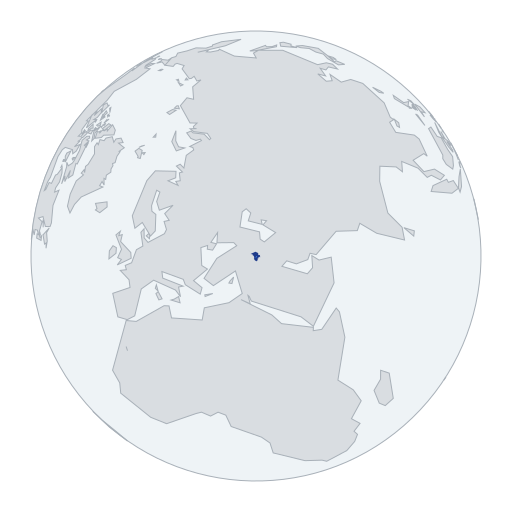 Arbil highlighted on a globe, orthographic projection, rotated 319°
{"feature_id": "IRQ-3050", "entity_name": "Arbil", "entity_type": "Province", "adm_level": 1, "iso_a3": "IRQ", "parent_name": "Iraq", "parent_adm1": "", "projection": "orthographic", "projection_center": [44.221, 36.37], "detail": "fine", "context": "on_globe", "style": "filled", "palette": "blue", "viewbox_px": 512, "rotation_deg": 319, "n_neighbors": 0, "source": "natural_earth", "source_scale": "10m", "svg_char_len": 12068}
<svg xmlns="http://www.w3.org/2000/svg" viewBox="0 0 512 512"><g transform="rotate(319 256 256)"><circle cx="256" cy="256" r="225" fill="#eef3f6" stroke="#a8b0b8"/><path d="M241.4,31.2L252.5,31.4L277.5,33.8L287.7,34.4L283.7,34.9L304.5,36.7L319.6,40.5L301.1,36.4L298.2,36.4L307.7,38.7L306.7,39.3L310.7,40.9L308.7,41.5L298.1,39.8L296.6,40.3L303.4,42.0L305.6,44.2L295.8,41.5L298.8,45.2L281.6,44.2L257.0,38.7L246.0,40.8L216.8,42.7L218.0,44.0L207.7,46.3L205.2,48.7L200.5,49.0L202.6,50.9L207.4,50.2L209.9,51.0L208.9,52.6L202.7,52.9L202.3,52.2L200.0,53.1L197.3,52.7L198.1,53.8L190.7,54.4L196.4,56.3L189.2,58.9L184.8,58.6L187.3,55.4L183.3,48.9L179.6,48.7L171.8,51.0L152.5,61.7L147.5,63.3L139.2,67.7L140.9,67.9L148.1,64.8L149.3,67.0L157.8,63.4L159.6,64.0L167.6,62.2L164.0,66.1L156.3,71.2L149.5,73.1L145.9,75.6L150.5,77.1L136.0,84.6L123.3,96.8L119.8,98.7L116.4,95.5L121.1,86.5L116.7,84.6L117.1,89.8L108.4,95.4L106.0,98.2L105.1,100.5L107.4,100.1L104.0,103.2L102.2,98.6L105.3,95.7L105.8,97.0L108.0,93.1L106.7,91.1L102.4,94.6L105.1,89.5L102.0,92.1L100.9,92.8L105.6,88.8L97.2,96.3L97.5,95.9L109.3,85.0L121.9,75.0L135.2,65.8L149.1,57.7L163.6,50.5L178.5,44.5L193.8,39.5L209.5,35.6L225.4,32.8L241.4,31.2ZM30.9,266.1L32.2,278.6L35.5,297.6L37.3,308.8L37.6,311.4L33.1,288.9L30.9,266.1ZM249.5,30.8L250.1,30.8L246.7,30.9L246.2,30.9L249.5,30.8ZM295.2,35.1L290.0,34.2L295.4,35.0L295.2,35.1ZM311.6,41.1L313.4,41.3L314.8,42.1L311.6,41.1ZM169.0,60.2L168.3,61.2L167.1,61.0L169.0,60.2ZM173.1,58.7L172.3,57.8L174.1,56.9L174.6,57.5L173.1,58.7ZM312.9,43.9L314.4,45.5L311.0,43.6L312.9,43.9ZM173.6,60.0L177.5,55.6L180.8,54.2L185.2,55.3L173.6,60.0ZM314.1,46.2L318.1,50.5L322.5,51.1L312.4,52.3L312.4,47.9L307.4,45.3L312.0,46.5L314.1,46.2ZM209.4,49.4L204.2,50.1L209.4,48.2L209.4,49.4ZM212.1,48.0L224.5,42.0L231.6,42.2L226.0,43.9L235.9,43.4L233.3,46.3L227.2,47.3L223.2,46.6L225.2,48.4L212.1,48.0ZM306.2,52.6L305.6,53.6L304.2,52.2L306.2,52.6ZM211.3,51.2L213.2,49.8L219.5,49.7L216.9,52.6L215.7,51.6L211.3,51.2ZM239.8,41.9L244.0,42.7L243.0,45.2L244.5,45.9L233.8,46.5L239.8,41.9ZM213.7,52.5L215.4,54.1L211.5,55.6L209.9,52.6L213.7,52.5ZM222.2,48.6L225.1,48.8L222.6,49.6L222.2,48.6ZM198.7,62.7L200.8,60.6L204.2,60.4L198.7,62.7ZM216.2,54.6L217.6,54.1L219.2,53.8L219.4,55.2L216.2,54.6ZM233.8,48.4L232.5,49.4L238.2,48.2L237.7,50.4L230.6,50.5L233.4,51.3L233.3,52.0L227.7,51.4L233.8,48.4ZM224.5,56.1L215.3,57.5L210.7,61.1L207.5,61.4L215.5,55.5L224.5,56.1ZM226.9,53.3L224.7,55.0L221.8,54.3L221.5,52.7L226.9,53.3ZM239.8,51.9L242.5,48.5L243.9,48.7L239.8,51.9ZM223.7,57.2L225.9,56.9L223.7,57.6L223.7,57.2ZM235.5,53.6L236.2,52.3L237.9,52.5L235.5,53.6ZM229.7,57.5L226.8,57.8L226.5,56.7L229.7,57.5ZM232.8,55.8L234.9,56.3L228.2,56.0L232.9,55.2L232.8,55.8ZM236.9,54.0L238.1,53.6L236.4,54.5L236.9,54.0ZM232.5,62.0L224.1,61.8L223.5,59.1L231.7,59.5L232.5,62.0ZM70.7,308.6L63.9,270.8L69.9,262.4L72.8,248.1L115.7,219.5L122.7,226.8L154.0,233.2L157.6,236.6L151.6,247.3L173.4,269.0L183.0,261.2L205.0,273.5L221.0,275.3L230.7,253.8L204.4,250.4L202.1,238.8L224.9,232.1L248.2,235.6L248.0,231.3L235.2,220.4L242.4,213.1L230.9,216.1L234.2,220.9L227.1,223.1L223.7,218.9L226.4,216.3L219.9,213.5L208.8,227.6L210.8,234.0L192.7,233.6L194.5,244.5L188.9,248.2L183.8,231.3L185.8,225.9L174.8,206.0L171.1,211.5L181.2,230.9L177.2,228.6L172.3,237.2L172.9,228.9L162.9,207.1L147.8,205.6L125.2,221.6L117.1,219.6L111.8,211.3L123.4,190.2L140.3,197.1L144.6,190.6L144.1,177.8L149.2,181.3L151.1,177.3L157.7,179.5L169.9,172.8L177.1,174.3L184.7,162.6L189.4,162.0L183.5,168.9L183.4,174.9L201.5,179.1L205.8,177.3L209.3,169.6L213.9,172.1L214.9,164.1L226.7,163.3L213.1,158.0L216.8,149.7L225.4,144.7L224.2,141.2L210.2,149.5L206.8,153.9L207.7,158.9L196.4,171.0L189.5,171.7L192.2,156.1L182.8,155.6L189.0,144.5L223.1,127.5L235.9,125.7L251.2,139.6L246.7,144.3L238.9,141.5L243.5,151.6L244.4,147.1L248.2,149.5L252.7,143.0L255.6,144.4L254.9,135.9L259.0,137.0L259.3,142.3L269.4,134.3L278.6,135.1L279.5,132.7L277.8,129.9L290.6,133.1L290.7,131.3L286.5,129.4L284.0,124.6L284.5,117.6L288.9,119.1L289.3,121.8L296.8,130.1L297.2,137.7L299.0,137.6L299.7,131.5L290.6,121.2L289.7,116.7L294.7,120.9L292.8,119.0L293.7,117.2L298.7,117.0L293.5,112.3L297.6,92.9L307.7,91.3L311.7,96.8L319.2,86.8L330.0,87.0L326.2,85.1L327.2,79.8L323.8,79.6L322.0,78.4L323.0,66.3L326.7,65.1L322.8,58.9L320.8,58.1L317.9,58.6L312.4,52.3L322.5,51.1L326.4,52.9L330.0,51.5L338.6,56.0L347.3,59.6L354.6,66.3L360.9,69.0L361.6,68.2L370.6,71.7L386.9,82.7L370.7,77.2L345.7,64.0L355.7,69.4L352.5,69.4L355.5,72.2L362.6,76.3L364.0,75.9L370.8,90.9L386.1,106.7L387.2,101.2L392.9,102.4L411.2,118.4L428.0,152.0L435.8,156.3L439.6,161.5L440.2,168.4L434.7,160.8L430.8,161.4L427.6,156.4L426.7,165.8L422.1,159.1L423.7,170.2L428.5,173.7L431.0,167.5L434.4,180.7L443.3,184.9L449.8,195.8L453.2,224.5L448.4,239.3L449.3,243.4L444.6,242.7L442.6,254.4L454.8,268.6L455.9,274.7L450.7,293.0L449.8,288.8L437.4,286.8L438.1,302.5L447.7,307.5L451.1,318.7L445.1,319.6L441.3,310.1L436.8,309.0L435.9,296.0L428.0,280.2L421.8,288.5L420.2,280.7L408.4,269.5L398.3,280.8L383.7,310.1L385.1,330.2L378.6,341.4L362.0,318.0L355.8,299.4L349.1,303.3L332.7,289.9L302.3,294.4L298.6,289.4L292.7,292.7L281.3,288.4L276.0,279.8L268.8,280.8L283.1,303.1L291.0,302.0L298.4,292.3L300.9,300.4L312.0,306.2L297.3,327.5L253.2,346.7L250.1,331.5L222.9,286.9L224.4,282.0L224.3,281.4L224.1,280.4L220.3,288.3L216.1,279.1L229.3,310.9L230.9,323.8L252.5,347.5L250.2,349.9L257.5,354.5L282.4,347.9L282.3,352.9L269.8,375.6L236.4,403.4L241.6,420.8L240.4,434.3L221.3,441.4L224.7,450.6L215.0,452.6L215.6,457.2L208.8,460.7L196.9,462.4L174.7,457.3L171.9,453.4L158.7,442.6L139.8,415.9L143.9,406.3L141.3,396.3L125.4,368.4L128.8,356.3L124.9,349.0L116.7,347.0L112.4,338.1L107.5,335.6L78.5,323.9L70.7,308.6ZM98.6,239.1L96.9,243.2L98.6,239.1ZM271.5,250.8L286.2,251.2L281.7,237.1L287.1,236.3L283.6,232.1L281.4,236.2L273.2,224.4L280.3,220.1L279.6,213.9L274.6,213.6L262.9,223.6L274.5,240.1L270.2,246.0L271.5,250.8ZM108.5,95.6L108.6,96.1L107.0,98.8L106.3,98.3L108.5,95.6ZM108.2,107.8L102.6,112.4L106.2,108.5L104.2,108.3L109.2,100.3L118.3,99.2L113.3,101.0L108.2,107.8ZM118.5,90.0L114.2,94.7L118.5,89.6L118.5,90.0ZM154.8,154.4L156.1,158.1L152.1,162.1L143.1,161.7L148.7,155.9L154.8,154.4ZM158.9,162.7L164.1,148.2L169.9,148.3L165.8,150.6L169.1,152.1L163.3,156.3L163.8,171.2L160.3,175.8L145.4,171.7L152.2,170.3L150.5,166.5L158.9,162.7ZM167.1,115.9L169.4,111.0L179.1,117.4L175.8,121.3L166.5,120.8L165.0,115.9L167.1,115.9ZM180.7,63.3L181.0,62.0L182.7,61.7L183.9,62.7L180.7,63.3ZM199.4,61.7L181.4,69.3L180.8,68.0L170.9,74.7L165.5,74.0L172.1,69.6L160.5,74.4L164.3,70.2L156.6,74.0L171.8,64.3L174.7,61.1L173.5,64.8L178.4,65.4L181.4,64.7L192.0,60.6L200.7,54.6L206.9,54.7L209.0,56.4L207.9,57.8L204.2,57.2L205.4,59.6L199.1,59.8L199.4,61.7ZM230.1,83.2L226.3,80.6L227.6,87.9L221.4,87.2L221.9,88.1L216.5,89.5L210.9,93.1L208.4,92.1L207.3,94.0L203.7,95.2L201.4,97.5L196.1,96.8L192.8,99.6L192.2,97.7L187.9,102.8L188.7,98.8L184.1,100.3L185.7,103.5L162.9,96.8L152.8,98.0L143.8,101.5L146.4,94.7L156.4,87.4L169.6,81.4L179.0,81.6L178.5,78.8L182.8,78.1L181.4,80.6L186.2,76.5L189.4,76.7L201.1,73.0L205.9,67.5L210.3,66.3L210.0,68.5L214.6,65.8L217.0,69.3L220.2,68.6L225.8,71.7L223.3,76.9L227.1,75.8L231.5,78.5L230.1,83.2ZM233.9,62.9L232.4,68.7L228.2,71.4L220.3,64.9L217.0,65.1L211.8,61.6L217.9,58.0L218.8,59.3L221.2,59.7L218.3,60.7L222.4,60.2L223.8,62.1L227.3,62.3L225.8,64.1L233.9,62.9ZM163.0,233.5L166.0,234.9L171.0,235.8L168.0,241.5L163.0,233.5ZM155.8,218.7L158.8,218.8L157.0,226.7L153.9,225.4L155.8,218.7ZM161.9,212.4L159.1,218.2L158.8,214.3L161.9,212.4ZM186.4,168.8L189.7,168.7L189.5,170.6L186.9,173.0L186.4,168.8ZM232.6,106.5L231.1,104.1L232.4,103.4L233.5,97.5L238.2,97.9L239.4,101.6L232.6,106.5ZM225.3,257.2L219.8,261.0L217.8,258.6L220.1,257.8L225.3,257.2ZM191.9,251.7L198.8,256.0L191.0,253.2L191.9,251.7ZM237.9,105.9L237.8,103.4L240.2,105.2L237.9,105.9ZM241.7,97.9L244.7,99.4L238.9,97.2L241.7,97.9ZM318.3,472.3L320.0,472.0L316.4,473.0L318.3,472.3ZM279.7,431.8L266.2,453.5L255.4,453.7L252.5,447.9L256.9,434.9L269.2,430.7L275.1,424.0L279.7,431.8ZM470.3,320.8L471.8,318.0L471.6,318.9L470.3,320.8ZM468.9,321.6L471.0,317.8L468.2,324.1L468.9,321.6ZM471.7,316.4L473.8,310.6L474.7,307.5L474.3,309.5L471.7,316.4ZM467.3,324.4L456.7,338.4L451.9,341.7L453.5,337.4L461.3,329.3L467.3,324.4ZM453.1,337.7L445.1,337.2L430.5,322.2L435.8,319.0L450.3,323.2L449.5,326.6L454.4,328.5L453.1,337.7ZM470.6,301.2L469.6,310.0L464.3,317.3L461.5,319.5L459.7,311.7L460.8,305.1L463.2,302.4L469.8,273.1L472.6,273.4L471.2,284.6L473.3,288.2L470.6,301.2ZM386.2,331.6L392.0,340.9L388.1,344.5L386.2,331.6ZM470.4,255.7L469.1,268.3L469.6,253.5L470.4,255.7ZM469.5,243.2L470.6,246.9L468.7,245.0L469.5,243.2ZM451.1,249.1L448.7,253.1L447.7,250.3L450.1,243.6L451.1,249.1ZM454.7,205.1L458.3,213.5L459.2,217.0L456.3,213.4L454.7,205.1ZM277.8,108.9L271.0,116.4L269.2,122.8L273.1,127.7L264.8,124.4L267.5,114.4L277.8,108.9ZM294.7,94.6L291.3,90.9L294.6,90.7L295.9,91.6L294.7,94.6ZM291.3,93.6L283.6,92.5L282.9,89.3L289.1,90.7L291.3,93.6ZM260.6,98.4L258.3,100.5L256.4,98.9L260.6,98.4ZM447.6,374.5L451.0,368.5L458.0,355.8L447.6,374.5ZM473.8,312.8L476.5,301.6L477.3,298.3L473.8,312.8ZM480.8,270.3L480.8,270.1L480.9,269.4L480.8,270.3ZM481.1,265.1L480.8,267.6L481.2,259.9L481.1,265.1ZM479.2,282.7L478.9,285.0L478.6,285.2L479.2,282.7ZM479.7,279.1L480.4,276.1L479.5,281.4L479.7,279.1ZM474.6,287.7L475.2,291.1L477.2,283.2L475.6,291.4L476.4,296.3L475.6,300.5L475.1,294.9L473.8,305.2L472.8,307.1L472.9,300.4L474.2,288.7L475.1,282.7L478.5,272.4L474.6,287.7ZM480.0,273.1L479.7,268.7L479.8,263.7L480.2,265.3L480.0,273.1ZM477.6,258.8L475.4,255.6L474.4,261.5L475.4,245.4L477.5,251.0L477.6,258.8ZM474.1,247.0L473.3,252.4L473.5,243.7L474.1,247.0ZM472.5,250.9L471.4,246.6L472.6,244.8L472.5,250.9ZM474.8,245.6L473.2,237.0L474.7,240.5L474.8,245.6ZM468.1,237.1L472.5,239.6L468.6,243.0L463.7,228.0L465.0,224.8L468.1,237.1ZM445.5,160.4L442.6,156.9L442.4,153.4L444.5,156.7L445.5,160.4ZM439.2,140.1L441.4,151.4L442.7,161.1L444.5,161.1L448.7,169.6L443.6,165.8L439.5,153.9L439.3,147.8L435.0,141.4L432.3,134.3L426.3,128.0L423.7,123.6L429.1,127.6L439.2,140.1ZM423.7,125.7L412.3,113.9L414.0,110.7L416.9,112.6L421.4,119.2L420.2,120.4L423.7,125.7ZM410.1,110.3L408.8,111.5L389.5,100.2L385.8,97.2L401.4,103.3L401.1,104.9L405.5,108.5L410.1,110.3ZM308.0,54.1L305.8,53.6L307.6,53.2L308.0,54.1ZM320.2,78.4L318.0,76.7L320.2,76.0L320.2,78.4ZM313.4,71.7L312.4,73.6L311.6,70.9L313.4,71.7ZM310.6,78.2L311.2,74.1L313.2,78.9L310.6,78.2Z" fill="#d9dde1" stroke="#a8b0b8" stroke-width="1"/><path d="M255.5,252.3L255.9,252.4L256.0,252.5L256.1,252.8L255.9,253.0L255.9,253.3L256.0,253.5L256.3,253.6L256.4,253.4L256.6,253.3L256.7,253.2L256.8,253.2L257.0,253.0L257.1,252.9L257.3,252.8L257.6,252.9L257.7,253.0L257.8,253.2L257.8,253.3L258.0,253.3L258.1,253.5L258.1,253.8L258.1,254.0L257.9,254.2L257.9,254.3L258.0,254.4L258.3,254.5L258.5,254.6L258.6,254.8L258.5,255.0L258.5,255.3L258.4,255.3L258.5,255.4L258.5,255.5L258.4,255.6L258.2,255.6L257.8,255.7L257.7,255.7L257.4,255.7L257.2,255.8L257.0,256.0L257.2,256.4L257.3,256.4L257.5,256.6L257.4,256.7L257.4,256.8L257.3,257.0L257.6,257.2L257.8,257.3L258.0,257.5L258.4,257.8L258.2,257.9L258.1,258.0L257.9,258.0L257.9,257.9L257.9,258.0L257.8,257.9L257.7,258.0L257.6,257.9L257.4,257.9L257.2,257.8L257.1,258.0L256.9,258.0L256.7,258.0L256.4,258.1L256.2,258.1L255.9,258.1L255.7,258.2L255.7,258.3L255.1,258.1L254.8,258.4L254.6,258.6L254.6,258.8L254.5,259.0L254.4,259.3L254.2,259.4L253.9,259.5L253.7,259.6L253.4,259.7L253.2,259.6L253.3,259.6L253.3,259.4L253.3,259.1L253.2,258.9L253.2,258.7L253.1,258.4L253.2,258.1L253.3,258.1L253.4,257.7L253.2,257.6L253.2,257.4L253.7,257.3L253.7,257.2L253.8,256.9L254.0,256.7L254.2,256.4L254.3,256.3L254.4,256.2L254.5,256.1L254.7,255.9L254.7,255.7L254.8,255.7L254.9,255.4L255.0,255.5L255.0,255.4L255.2,255.2L255.3,255.1L255.5,255.0L255.8,255.1L255.9,254.9L256.0,254.9L256.2,254.6L256.3,254.6L256.2,254.5L256.2,254.4L255.7,254.1L255.4,254.0L255.5,254.0L255.4,253.9L255.2,253.7L254.8,253.5L254.8,253.4L255.0,253.3L255.0,253.2L255.3,253.1L255.4,252.9L255.5,252.9L255.5,252.7L255.6,252.4L255.5,252.3Z" fill="#3b82f6" stroke="#1e3a8a" stroke-width="1.5"/></g></svg>